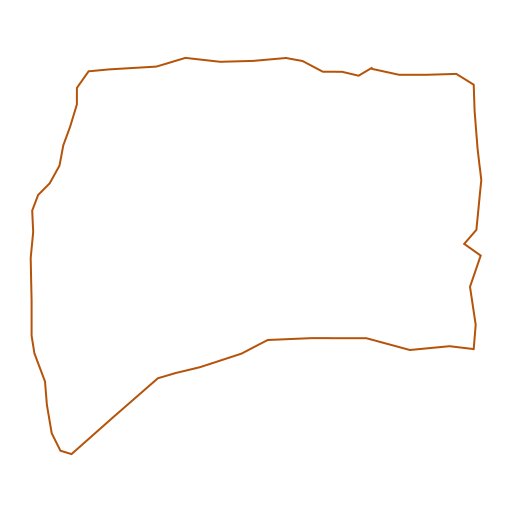 the district of Gbeapo, River Gee, Liberia
{"feature_id": "62588387B88320605520745", "entity_name": "Gbeapo", "entity_type": "district", "adm_level": 2, "iso_a3": "LBR", "parent_name": "Liberia", "parent_adm1": "River Gee", "projection": "mercator", "projection_center": [-7.976, 5.249], "detail": "fine", "context": "isolated", "style": "outline", "palette": "amber", "viewbox_px": 512, "rotation_deg": 0, "n_neighbors": 0, "source": "geoboundaries", "source_scale": "gbopen_adm2", "svg_char_len": 944}
<svg xmlns="http://www.w3.org/2000/svg" viewBox="0 0 512 512"><path d="M90.9,71.1L88.6,71.3L76.9,87.9L76.9,104.4L70.1,126.8L63.3,145.3L60.1,162.4L59.4,165.8L49.7,183.3L38.1,195.0L36.0,200.6L32.2,210.6L33.2,232.0L30.7,257.8L30.8,263.2L31.2,282.8L31.6,300.7L31.6,333.1L31.6,335.7L34.4,353.3L45.0,381.5L46.9,404.9L51.7,433.2L60.4,450.7L71.5,454.1L113.2,417.2L157.8,378.3L161.1,377.3L175.7,373.0L199.9,367.2L241.5,353.6L253.2,347.5L261.1,343.4L267.7,340.0L312.2,338.1L338.4,338.2L366.3,338.2L409.9,350.0L449.5,346.2L471.3,348.8L473.7,349.1L475.7,324.8L472.1,300.8L470.0,286.8L480.7,255.6L464.2,243.9L476.4,229.8L477.7,216.6L479.9,193.9L481.3,180.1L480.0,169.0L479.5,165.4L477.5,148.0L474.6,111.0L473.7,84.7L456.3,73.9L426.3,74.8L399.2,74.8L372.1,68.9L371.6,68.0L358.6,75.7L342.1,71.8L322.8,71.7L302.5,61.0L286.0,58.0L253.1,60.9L220.2,61.8L193.6,58.8L185.4,57.9L156.3,66.6L108.9,69.4L90.9,71.1Z" fill="none" stroke="#b45309" stroke-width="2"/></svg>